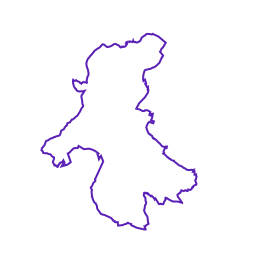 Vultureni, Cluj, Romania (Natural Earth projection), rotated 283°
{"feature_id": "2599482B57852865325631", "entity_name": "Vultureni", "entity_type": "district", "adm_level": 2, "iso_a3": "ROU", "parent_name": "Romania", "parent_adm1": "Cluj", "projection": "natural_earth1", "projection_center": [23.551, 46.958], "detail": "fine", "context": "isolated", "style": "outline", "palette": "violet", "viewbox_px": 256, "rotation_deg": 283, "n_neighbors": 0, "source": "geoboundaries", "source_scale": "gbopen_adm2", "svg_char_len": 5725}
<svg xmlns="http://www.w3.org/2000/svg" viewBox="0 0 256 256"><g transform="rotate(283 128 128)"><path d="M225.3,130.9L224.7,130.5L224.4,130.0L224.5,128.3L224.1,125.9L223.7,124.8L222.3,124.0L221.0,122.6L219.1,121.0L216.3,120.5L215.3,120.1L213.7,118.2L213.2,117.1L213.2,116.5L213.5,115.9L213.1,114.8L213.4,114.0L214.3,113.4L213.1,113.3L212.7,113.0L212.8,112.2L212.7,111.5L212.9,110.5L212.2,110.0L212.4,109.7L212.1,109.2L212.2,108.9L211.6,107.4L210.7,107.0L210.7,107.4L210.1,107.5L208.8,107.1L209.8,107.9L209.8,108.2L209.6,108.2L208.6,107.6L208.4,107.7L207.6,107.4L206.4,106.5L206.4,106.0L206.2,105.7L206.3,105.2L206.0,105.1L205.9,104.7L205.9,104.1L205.6,104.2L204.8,102.6L205.1,102.1L206.0,101.1L206.7,99.3L206.7,98.5L207.1,97.2L207.0,96.4L206.6,95.6L204.4,93.5L203.5,92.4L202.3,90.0L202.3,89.1L203.8,86.0L203.9,84.6L203.1,83.8L201.3,83.0L199.5,81.7L198.1,80.0L197.3,79.5L196.0,78.2L191.8,76.3L189.2,74.7L187.7,74.2L186.6,73.4L183.8,72.9L181.6,72.9L180.2,73.3L178.2,74.2L176.0,75.7L172.1,77.4L170.5,77.5L168.0,76.8L166.9,77.1L165.2,77.0L163.4,77.5L162.1,78.2L163.3,77.1L162.8,75.9L162.8,74.0L161.9,73.6L161.2,72.4L160.9,72.4L161.2,71.9L161.0,71.4L161.8,70.6L162.4,67.8L162.9,66.6L161.9,65.7L161.9,65.2L162.6,63.7L161.9,63.7L158.8,64.6L156.1,66.2L154.4,68.0L154.4,68.5L153.6,69.0L152.7,70.2L152.6,72.4L153.3,74.0L153.2,74.9L154.5,77.4L151.0,76.2L149.6,75.5L148.7,75.4L146.6,76.1L144.2,77.3L141.9,77.9L140.7,78.5L140.0,79.2L138.9,79.3L136.4,78.2L133.5,77.6L128.5,75.9L127.3,74.7L125.0,73.2L123.7,72.1L123.7,71.5L123.5,71.3L120.3,70.1L119.9,69.2L119.5,68.7L119.4,68.3L119.0,67.9L117.7,67.7L116.7,67.9L116.0,67.1L114.3,66.2L113.4,66.1L112.3,65.7L110.9,64.1L110.1,63.5L106.5,63.4L105.6,63.1L104.5,61.7L103.8,60.0L102.7,58.8L102.6,58.1L101.4,56.9L101.3,56.4L100.6,55.8L100.4,55.2L99.9,54.5L98.3,53.2L96.8,51.0L93.0,50.6L92.1,50.4L89.1,48.7L86.8,48.7L86.0,50.3L84.7,50.9L84.7,53.1L85.0,53.7L85.2,55.0L84.8,56.2L84.9,58.1L84.6,58.8L83.6,59.9L82.8,61.6L82.7,62.5L81.8,62.8L80.4,62.8L78.4,62.4L77.5,62.6L77.2,63.1L75.1,64.7L75.6,65.2L75.1,65.8L75.2,66.3L74.5,67.1L74.2,67.8L74.7,68.5L75.3,68.1L76.4,68.5L76.8,69.1L78.2,69.2L78.6,69.8L79.1,69.9L79.1,70.4L80.0,71.6L82.0,72.3L80.4,73.5L80.0,72.9L79.4,72.7L79.2,72.9L79.3,73.7L78.6,73.4L78.1,73.6L77.8,73.2L77.7,72.7L77.2,72.4L75.7,72.0L76.8,73.8L77.0,74.6L78.1,75.6L78.0,76.4L78.9,77.4L81.8,79.9L89.6,75.1L90.2,75.7L90.6,76.3L95.6,79.3L96.5,80.7L97.1,83.5L99.4,83.9L98.5,86.8L97.9,88.1L97.5,90.0L99.1,94.5L98.9,98.2L98.2,101.2L96.6,104.9L95.6,104.1L94.8,104.8L91.1,106.7L93.7,107.4L94.8,107.9L89.8,111.4L71.8,107.7L71.1,107.4L70.2,107.5L70.0,107.9L69.0,108.1L66.5,106.5L63.4,106.1L61.8,105.1L60.9,105.5L59.6,106.9L57.7,106.8L54.1,108.1L53.1,108.2L52.8,108.3L52.7,108.8L50.7,109.7L48.4,111.5L47.6,112.5L47.5,113.3L46.5,114.0L46.0,114.5L45.0,115.3L43.3,115.8L42.1,116.5L38.2,121.0L38.2,121.9L37.9,122.8L38.0,124.7L37.6,126.1L37.5,127.5L37.1,128.5L37.1,129.4L36.3,132.4L35.0,133.6L35.0,134.2L34.3,134.5L34.1,135.4L34.2,136.1L33.4,136.4L33.3,136.9L34.0,139.2L30.7,140.3L32.1,144.5L33.3,146.1L34.2,147.9L35.7,149.1L35.3,150.3L35.1,152.8L34.2,152.9L33.6,154.4L33.6,155.3L32.8,158.7L32.8,166.5L33.1,168.0L33.6,167.9L35.2,166.5L35.9,166.2L36.0,166.8L36.7,167.3L37.0,167.3L39.3,169.6L39.8,169.1L46.0,166.8L49.1,163.6L51.6,162.1L52.9,162.3L56.3,162.0L58.1,162.5L59.6,162.5L61.1,161.4L63.5,160.8L64.5,160.1L65.0,159.2L65.9,158.6L66.4,158.4L68.5,158.3L68.7,158.5L68.7,159.0L68.3,160.0L69.0,160.9L68.2,161.9L68.7,162.2L67.2,164.3L67.3,164.6L66.6,165.8L67.3,166.4L65.2,169.4L64.8,169.6L64.7,170.0L64.4,170.2L64.6,170.3L65.5,170.5L64.3,171.9L60.8,175.2L60.8,175.5L61.2,175.9L61.3,176.6L61.6,176.9L61.3,177.6L61.6,178.4L61.7,179.5L64.1,179.8L66.9,180.8L67.0,180.4L68.5,180.3L68.5,181.5L67.5,184.0L66.5,188.0L67.5,193.1L67.5,194.5L67.3,197.5L67.6,197.4L67.8,196.9L69.6,195.2L72.1,192.2L73.3,191.4L74.2,191.2L75.3,192.2L76.7,193.1L76.5,193.4L76.7,193.6L79.3,194.0L79.0,196.5L79.9,197.6L80.3,197.8L80.3,198.5L79.8,199.8L80.0,200.3L81.6,200.5L81.6,202.4L82.5,203.5L83.4,203.7L83.8,204.0L84.4,203.9L84.7,204.4L84.9,204.2L85.7,204.5L87.1,205.7L87.7,206.5L88.0,207.2L88.5,207.3L89.4,207.1L89.6,206.8L92.2,205.2L93.3,205.8L93.9,205.7L96.0,205.7L97.3,204.7L97.5,204.9L98.1,204.8L97.5,203.3L100.6,202.6L100.0,201.2L101.2,201.5L102.2,201.6L101.5,200.3L101.6,199.2L100.9,197.8L100.5,195.1L101.5,192.5L101.6,191.3L102.5,189.5L102.9,188.1L103.1,186.2L106.0,180.2L106.4,180.1L106.3,179.7L106.5,178.1L106.5,177.8L107.4,175.9L107.4,175.2L107.7,175.0L107.8,174.2L108.4,173.5L108.6,172.7L110.5,169.8L111.0,168.1L112.0,168.7L112.9,167.9L115.1,168.2L116.9,168.6L117.0,170.1L118.7,170.1L117.8,167.4L117.8,165.7L118.0,165.1L119.6,163.1L121.9,159.2L122.8,158.0L123.4,156.4L123.2,156.3L123.6,154.8L124.1,154.9L124.6,153.9L125.5,153.5L126.0,152.6L126.1,152.0L126.4,151.7L126.6,150.9L126.9,150.7L126.8,150.3L127.5,149.1L127.9,149.0L128.8,148.1L130.6,147.0L131.5,146.3L132.6,145.7L134.4,145.8L137.3,146.4L138.6,147.2L138.3,151.6L140.3,151.7L140.6,148.7L143.3,149.2L147.5,149.0L147.0,147.7L145.2,147.7L145.5,145.9L148.7,146.1L149.5,143.7L149.6,142.2L149.1,141.2L149.1,140.6L148.5,140.3L148.1,139.8L147.8,138.6L148.7,134.9L148.7,131.7L151.2,132.3L152.1,132.7L154.3,133.1L161.6,137.5L167.0,139.5L169.5,139.3L169.5,138.7L169.8,138.5L171.5,138.7L172.6,138.2L171.8,137.7L174.5,135.2L174.9,135.5L175.3,135.0L175.7,135.5L178.9,133.7L177.3,132.5L178.5,131.8L183.4,131.0L187.2,131.2L188.1,131.5L188.8,132.3L189.2,133.6L190.0,134.7L190.0,135.2L190.8,136.7L192.4,138.4L192.6,139.3L195.0,141.6L197.4,143.1L198.0,143.7L200.1,144.3L201.9,144.5L203.3,145.0L204.4,145.0L204.8,145.5L205.0,145.4L206.5,145.9L209.5,142.0L210.7,142.5L212.4,142.7L214.5,144.0L219.6,145.6L223.9,137.3L225.3,130.9Z" fill="none" stroke="#5b21b6" stroke-width="2"/></g></svg>